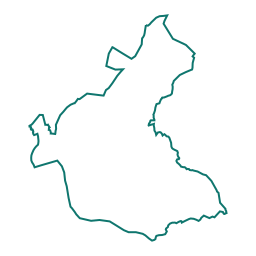 Yamaltu/Deba, Gombe, Nigeria (Robinson projection)
{"feature_id": "59680162B47339407576735", "entity_name": "Yamaltu/Deba", "entity_type": "district", "adm_level": 2, "iso_a3": "NGA", "parent_name": "Nigeria", "parent_adm1": "Gombe", "projection": "robinson", "projection_center": [11.461, 10.308], "detail": "fine", "context": "isolated", "style": "outline", "palette": "teal", "viewbox_px": 256, "rotation_deg": 0, "n_neighbors": 0, "source": "geoboundaries", "source_scale": "gbopen_adm2", "svg_char_len": 4175}
<svg xmlns="http://www.w3.org/2000/svg" viewBox="0 0 256 256"><path d="M145.9,25.1L144.8,31.9L144.7,32.9L144.1,35.4L142.9,37.5L142.2,38.2L142.1,38.4L141.9,41.5L141.7,44.4L141.6,44.6L135.2,56.2L131.5,58.8L122.7,53.5L112.7,47.3L112.4,47.2L108.8,53.6L106.3,66.0L115.4,69.6L123.0,69.3L120.7,71.8L117.3,75.8L112.3,83.3L108.7,88.1L106.0,90.0L105.4,91.3L103.6,95.6L100.9,95.3L87.1,93.6L79.6,99.1L78.2,99.0L77.9,98.9L76.9,100.3L76.8,100.5L74.7,103.2L74.4,103.1L70.6,104.7L67.1,107.3L65.7,108.9L63.4,111.7L60.2,115.2L55.9,124.8L56.1,128.9L55.6,130.8L55.3,133.7L55.2,134.0L53.0,133.7L50.8,133.5L50.9,133.1L50.8,132.4L50.6,132.0L50.5,131.2L50.2,130.7L50.0,130.2L49.8,130.1L49.5,130.0L49.2,129.9L48.8,129.9L48.9,128.8L48.9,128.6L49.0,127.7L49.6,127.4L48.0,124.8L47.8,125.0L47.3,125.0L46.0,124.7L45.5,124.6L45.3,124.7L42.8,115.0L39.6,114.9L32.6,123.6L31.4,124.8L29.8,125.6L29.5,125.9L29.8,126.1L29.8,126.4L30.0,126.4L29.9,126.7L30.1,126.7L30.3,126.8L30.5,126.8L30.5,126.7L30.8,126.9L31.0,127.2L31.1,127.5L31.1,127.8L31.1,128.0L31.1,128.3L30.9,128.4L30.8,128.5L30.9,128.9L30.9,129.3L31.0,129.4L31.3,129.6L31.4,129.8L31.5,129.8L31.8,129.7L32.0,129.5L32.2,129.3L32.3,129.3L32.5,129.4L32.8,130.0L32.9,130.3L33.0,130.4L33.1,130.6L33.1,131.0L33.2,131.3L33.3,131.7L33.0,131.9L32.9,132.1L33.0,132.5L33.1,132.8L33.2,133.8L34.1,135.1L37.4,133.8L38.1,136.5L38.1,137.0L38.3,138.8L38.4,139.7L38.5,141.0L38.5,141.3L38.3,143.1L38.0,144.7L36.2,146.4L34.7,148.2L33.5,150.1L32.1,153.3L31.4,155.4L31.2,157.7L31.3,160.4L32.1,162.4L33.6,164.7L34.6,167.3L40.8,165.4L57.3,160.6L61.9,166.3L64.2,172.4L65.1,180.7L66.7,186.2L68.6,198.0L70.5,206.7L72.2,208.5L72.3,208.7L74.7,211.9L76.3,214.4L77.7,215.9L78.2,216.5L79.8,218.2L91.1,220.8L99.5,220.0L109.7,221.4L114.9,224.6L123.9,230.2L128.6,232.2L135.9,232.2L142.7,233.8L145.4,235.4L149.0,238.5L152.0,240.6L154.3,239.9L155.4,239.1L155.8,237.2L156.4,235.9L158.8,235.2L162.1,235.0L165.2,234.2L166.8,231.5L166.3,230.5L165.8,229.5L166.1,228.5L167.9,227.0L168.2,225.4L170.0,223.6L172.2,222.7L175.0,222.6L176.4,223.2L178.6,221.9L180.5,221.1L181.4,221.2L181.8,222.6L185.1,220.9L189.1,219.0L190.7,218.5L193.7,218.8L196.4,219.8L198.6,220.9L200.3,219.6L201.3,217.8L202.8,216.5L203.8,215.6L209.4,218.1L212.5,216.6L214.5,217.3L219.9,211.4L222.9,212.0L223.4,213.2L224.0,213.9L224.3,214.0L224.8,213.9L225.3,213.4L226.5,213.1L226.4,212.4L226.2,211.5L226.2,211.1L225.6,210.1L225.4,209.5L225.5,209.0L224.9,208.2L220.1,202.8L218.5,192.8L217.1,191.6L216.5,190.0L211.4,180.9L206.1,175.2L203.0,174.4L197.6,171.5L196.3,171.2L193.8,170.6L193.2,170.4L192.5,170.1L191.9,170.3L190.6,170.2L189.6,170.0L189.0,169.1L187.6,168.9L186.7,169.2L186.3,168.8L185.7,167.9L184.7,167.2L183.6,167.2L182.9,167.1L181.0,166.6L180.3,165.4L178.7,163.8L177.1,162.5L176.4,160.9L177.1,159.4L177.8,159.2L178.8,159.2L179.2,158.6L179.2,158.0L178.4,157.0L177.8,155.8L177.5,154.3L177.9,152.8L177.3,151.1L175.9,150.4L174.4,149.7L172.8,148.8L172.0,148.0L171.4,146.6L171.3,145.2L171.1,142.7L170.4,140.8L169.4,137.9L168.4,136.6L166.6,136.3L165.5,135.1L164.4,134.2L163.2,135.0L162.6,135.5L161.9,133.7L160.6,132.3L159.6,132.1L157.9,132.5L156.2,134.9L155.6,132.4L154.5,130.7L154.4,129.9L154.3,128.0L153.7,125.2L153.9,123.9L153.0,124.2L151.9,124.5L151.2,124.7L150.6,124.9L149.9,125.1L149.0,125.4L148.7,125.5L148.6,125.3L148.8,124.9L148.8,124.4L148.9,124.1L148.9,123.9L149.0,123.6L149.2,123.4L149.4,123.1L149.6,122.7L149.9,122.3L150.2,121.6L150.3,121.0L150.4,120.8L150.7,120.4L152.1,120.3L152.5,120.3L154.4,120.3L154.4,119.7L154.1,119.0L153.9,118.3L153.6,117.5L153.7,115.9L153.4,114.5L153.8,113.9L155.0,110.3L155.4,107.5L156.5,104.1L159.4,103.3L160.1,101.3L161.1,99.1L161.7,98.7L162.1,98.2L162.1,97.7L162.6,97.5L164.0,97.5L165.6,96.9L167.1,96.3L167.9,95.9L168.4,95.7L169.5,95.4L170.4,95.1L171.9,93.6L172.2,91.2L172.6,89.2L172.7,86.7L172.3,84.7L173.2,82.9L173.8,80.9L179.8,75.0L185.6,72.2L190.1,70.3L192.1,69.5L192.5,67.8L192.6,64.8L192.7,62.9L194.1,57.7L192.6,56.4L193.6,54.9L194.5,53.9L194.7,53.6L192.1,51.0L186.0,45.0L184.2,44.1L172.9,38.8L163.6,23.7L164.5,20.9L167.2,15.4L163.6,15.9L159.6,16.2L156.2,17.7L153.9,19.9L151.3,22.4L149.7,24.3L147.9,25.7L145.9,25.2L145.9,25.1Z" fill="none" stroke="#0f766e" stroke-width="2"/></svg>